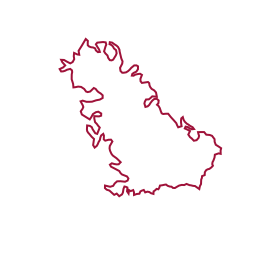 the district of Altamira do Paraná, Paraná, Brazil, rotated 32°
{"feature_id": "56859067B67017349975974", "entity_name": "Altamira do Paraná", "entity_type": "district", "adm_level": 2, "iso_a3": "BRA", "parent_name": "Brazil", "parent_adm1": "Paraná", "projection": "albers", "projection_center": [-52.708, -24.824], "detail": "fine", "context": "isolated", "style": "outline", "palette": "rose", "viewbox_px": 256, "rotation_deg": 32, "n_neighbors": 0, "source": "geoboundaries", "source_scale": "gbopen_adm2", "svg_char_len": 4079}
<svg xmlns="http://www.w3.org/2000/svg" viewBox="0 0 256 256"><g transform="rotate(32 128 128)"><path d="M130.2,82.2L127.3,82.3L125.2,81.5L123.6,80.4L122.2,78.7L120.6,78.4L117.2,81.3L115.9,82.4L113.9,81.7L112.5,79.8L111.7,75.6L109.5,75.6L107.8,77.0L105.9,78.9L105.0,80.7L103.5,81.5L103.0,79.8L103.7,78.1L105.2,75.8L105.3,72.9L103.8,70.4L102.0,70.4L100.1,71.6L98.9,75.2L98.5,77.7L97.9,79.8L96.9,81.8L95.2,83.3L93.8,84.2L91.4,83.6L89.4,81.2L89.0,76.5L88.0,74.3L86.6,73.4L85.4,72.5L80.5,67.7L79.2,66.1L76.7,64.6L74.6,64.2L72.2,64.2L69.3,64.0L67.1,64.9L67.9,66.7L70.0,66.4L71.9,66.8L74.0,68.0L76.6,68.3L78.8,70.7L79.2,72.9L79.2,77.9L78.3,79.3L76.6,80.1L74.0,79.0L72.2,77.4L69.2,76.7L67.1,75.7L65.7,70.7L65.4,68.8L63.7,67.2L61.3,68.3L56.7,71.9L56.4,74.0L59.0,75.4L61.8,76.7L63.8,78.4L62.3,79.6L59.6,79.2L57.9,77.9L55.7,78.2L53.9,79.1L51.7,79.5L50.0,79.1L48.7,77.1L47.8,75.4L45.0,74.9L45.2,82.5L45.2,88.7L47.8,91.7L45.9,92.5L42.5,92.9L44.0,95.9L45.9,98.1L46.1,101.4L44.8,103.8L41.0,104.1L37.7,104.2L35.2,105.6L37.4,107.0L41.6,108.2L40.9,111.0L38.8,114.2L41.3,115.5L42.9,114.4L44.3,112.8L45.4,110.9L47.7,108.5L49.9,108.8L51.0,110.1L51.9,112.4L54.4,116.5L58.1,119.7L60.2,122.5L61.7,121.3L63.8,119.3L66.5,118.0L70.2,118.1L73.1,119.3L74.8,118.9L76.6,117.1L77.8,112.2L79.9,112.0L82.0,112.8L83.8,113.2L86.6,113.2L89.2,113.7L90.6,116.0L89.0,118.9L86.3,121.4L83.6,124.7L81.3,126.3L78.9,127.8L75.1,128.8L73.7,130.5L77.7,132.8L79.0,133.9L79.3,136.0L79.1,138.9L81.7,141.0L87.8,141.0L91.0,141.0L91.1,137.7L90.9,134.8L92.4,131.6L94.2,129.9L97.6,129.9L98.7,131.8L97.3,133.5L93.2,135.8L94.2,137.6L95.8,139.3L97.0,140.5L99.5,141.1L101.4,141.9L103.8,142.6L104.3,145.5L105.0,149.3L103.0,149.8L98.5,147.7L96.9,146.5L94.5,146.4L92.0,147.5L93.1,149.5L94.0,151.1L95.1,152.3L96.7,153.1L98.2,153.5L101.8,154.7L105.0,155.3L106.3,158.3L107.5,161.0L110.1,162.3L111.0,159.7L110.9,157.7L110.5,155.4L110.5,153.1L109.6,150.7L109.2,148.6L110.1,146.1L111.6,147.2L113.5,150.5L115.4,150.8L117.8,148.2L119.8,146.9L121.9,147.7L122.1,152.9L123.1,155.0L124.7,156.7L127.5,158.6L129.6,159.4L132.1,159.6L134.1,159.7L136.2,160.1L139.9,160.9L139.3,163.7L137.8,164.8L135.5,165.8L133.0,166.5L132.1,168.7L134.1,169.8L137.8,169.5L143.4,169.1L145.6,170.2L147.5,170.6L152.8,169.6L155.1,170.6L155.5,172.8L154.0,175.1L149.7,177.2L147.0,179.0L146.1,182.1L146.1,184.9L144.0,187.3L139.0,189.0L140.3,191.2L142.6,191.6L145.4,190.9L149.3,191.6L151.7,192.0L153.2,189.6L156.7,190.5L158.1,187.5L157.9,185.5L156.4,181.9L156.0,179.5L157.4,179.0L159.0,178.8L159.9,180.4L160.7,182.2L163.2,183.3L161.8,180.1L163.7,180.1L165.3,177.9L167.1,179.3L168.6,181.6L170.3,179.4L172.5,177.7L172.1,175.2L173.0,173.7L174.2,172.2L176.7,173.5L178.2,171.7L180.0,171.0L182.1,171.1L184.5,170.4L183.3,168.2L184.1,166.3L184.5,164.5L186.2,163.9L186.2,162.1L185.6,159.9L187.5,158.3L188.9,156.9L190.2,155.8L192.3,156.0L194.5,155.5L196.0,154.7L197.9,155.0L199.6,154.0L200.4,152.4L201.8,149.8L203.7,147.8L205.9,146.6L207.3,144.4L210.3,143.9L211.9,143.2L213.8,142.6L215.6,141.7L220.8,142.0L219.8,139.3L219.6,136.8L218.4,134.7L217.4,132.9L217.1,131.1L216.3,129.6L218.0,127.3L216.6,124.8L216.6,122.5L217.3,121.0L218.7,119.5L219.6,117.2L220.0,115.0L218.6,114.0L217.8,112.2L217.7,110.4L217.0,107.1L215.8,104.6L218.3,101.5L220.3,100.8L218.5,98.1L217.7,95.8L214.8,95.7L211.3,95.7L208.8,93.8L207.3,91.6L203.4,90.1L201.0,90.6L197.9,92.2L194.8,91.1L191.8,92.9L189.6,94.4L191.1,95.9L192.4,96.9L193.1,99.0L192.6,102.0L190.6,103.9L187.6,103.1L185.5,102.9L182.6,101.6L182.2,97.7L179.0,97.9L176.4,98.3L176.1,96.3L178.5,95.5L180.6,95.7L183.0,95.1L184.5,93.9L182.4,93.1L179.3,93.3L177.3,93.1L175.7,93.2L172.9,92.6L170.8,91.6L168.7,89.7L168.1,91.6L168.9,93.4L170.1,95.3L172.5,98.1L170.2,100.8L168.0,99.5L166.4,98.3L162.4,97.1L160.2,96.5L158.1,95.9L154.5,94.6L152.2,96.1L150.4,97.5L148.8,97.7L147.1,96.5L144.3,94.2L142.1,93.1L140.3,92.9L140.6,90.8L139.4,88.4L136.9,88.0L134.9,89.5L134.1,91.9L133.8,94.7L133.8,97.1L133.2,99.2L131.6,100.9L128.9,98.5L128.3,96.6L128.2,94.2L130.4,92.8L131.1,91.0L131.8,88.3L135.9,86.2L132.9,83.0L130.2,82.2Z" fill="none" stroke="#9f1239" stroke-width="2"/></g></svg>